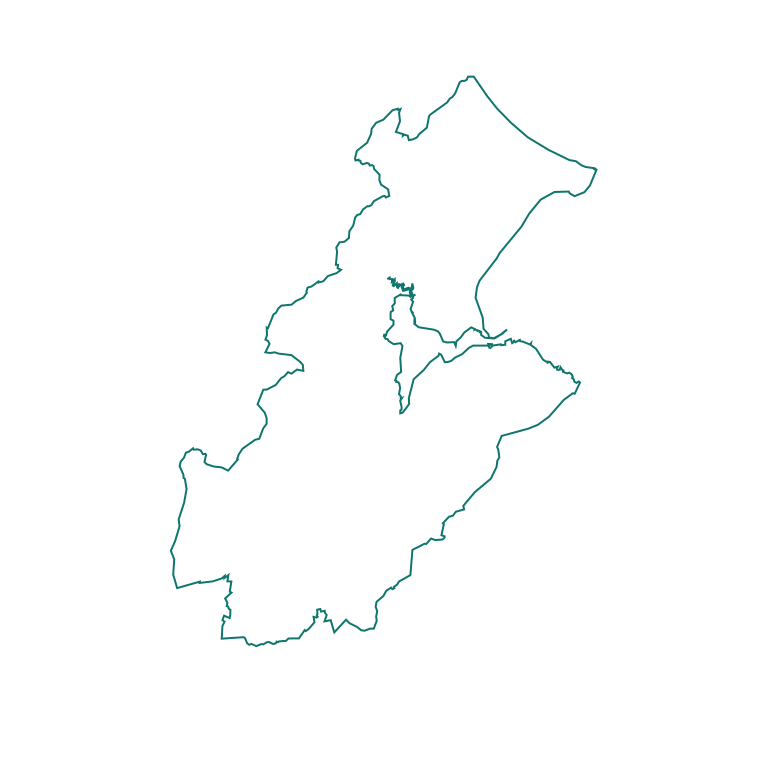 Wexford Lea-7, Wexford, Ireland, rotated 306°
{"feature_id": "5873133B47724630895547", "entity_name": "Wexford Lea-7", "entity_type": "district", "adm_level": 2, "iso_a3": "IRL", "parent_name": "Ireland", "parent_adm1": "Wexford", "projection": "natural_earth1", "projection_center": [-6.494, 52.363], "detail": "fine", "context": "isolated", "style": "outline", "palette": "teal", "viewbox_px": 768, "rotation_deg": 306, "n_neighbors": 0, "source": "geoboundaries", "source_scale": "gbopen_adm2", "svg_char_len": 6155}
<svg xmlns="http://www.w3.org/2000/svg" viewBox="0 0 768 768"><g transform="rotate(306 384 384)"><path d="M293.3,293.6L290.7,304.4L287.5,309.0L282.9,312.4L276.8,312.4L266.4,315.3L263.1,312.5L248.6,307.6L241.5,307.9L236.9,309.3L236.9,310.1L222.3,308.8L221.1,301.7L217.2,294.8L214.9,287.9L215.3,284.7L222.0,281.7L222.6,280.6L220.8,278.8L222.5,274.6L221.6,271.6L219.0,268.6L219.7,267.3L214.7,266.0L212.0,264.1L206.8,265.5L201.8,265.1L197.4,266.9L192.8,274.9L190.1,277.2L190.3,278.6L183.0,286.0L170.4,292.1L153.7,297.5L148.8,302.2L134.0,307.4L123.9,309.5L118.8,317.4L105.9,325.5L97.3,336.6L115.9,351.2L114.7,351.8L123.8,361.6L131.5,367.1L135.1,367.9L133.2,369.0L137.9,370.4L132.3,373.3L134.5,376.6L125.3,381.3L125.6,383.2L117.1,381.5L115.0,385.8L111.9,387.3L112.3,388.6L110.9,390.8L111.1,392.4L106.9,395.3L103.9,396.7L102.6,390.8L98.0,392.1L98.0,394.7L93.3,395.5L82.6,402.4L96.6,419.2L96.8,420.8L93.8,425.7L93.8,428.2L95.8,429.5L96.9,434.8L101.6,437.7L102.3,439.3L106.2,441.0L107.6,442.5L108.5,447.2L110.7,448.9L112.5,448.6L112.8,450.0L114.1,450.4L118.6,455.7L122.0,456.3L128.2,464.7L138.3,464.5L138.2,466.0L141.6,467.1L150.4,467.8L154.2,463.9L155.3,466.6L156.7,467.2L157.4,465.5L158.5,465.5L162.1,462.6L164.5,464.7L162.9,466.9L165.6,469.3L164.2,470.7L163.4,473.4L157.0,475.4L161.6,479.7L153.8,489.8L171.0,491.8L170.2,496.7L171.6,504.8L171.4,510.4L173.0,513.3L178.1,516.7L180.0,519.5L188.0,517.4L191.3,514.3L196.1,512.1L198.9,508.2L203.4,506.0L212.1,508.1L217.9,507.4L223.4,509.4L222.9,511.3L224.9,512.4L225.5,511.3L229.6,512.5L233.0,512.2L244.9,517.7L266.5,504.5L278.6,510.7L279.4,512.2L286.7,512.9L287.8,517.1L292.5,522.7L295.0,523.3L296.4,522.6L295.4,519.4L305.8,514.8L305.9,513.5L314.8,514.6L317.9,517.1L322.9,517.2L329.6,522.5L332.0,519.8L349.7,521.0L370.2,526.1L383.1,523.8L388.5,520.8L392.5,520.4L398.2,514.9L399.5,512.5L411.2,509.7L432.7,527.0L441.5,532.5L454.5,536.7L476.9,538.8L487.5,542.2L488.2,544.0L500.4,541.7L500.5,540.0L498.1,539.1L497.7,536.8L499.4,534.6L499.4,532.5L500.9,532.4L502.1,530.4L502.1,527.2L500.3,526.1L499.0,521.6L499.9,520.9L500.6,522.1L500.2,519.9L501.3,517.0L498.8,517.8L497.3,515.8L498.3,514.6L500.2,514.4L497.4,512.2L499.4,505.3L498.2,504.0L496.5,504.0L498.5,503.6L497.3,501.6L497.2,498.2L501.8,486.4L501.9,479.7L503.4,479.0L501.7,478.8L499.9,471.3L500.5,471.1L499.7,471.1L498.6,468.7L499.5,467.9L495.2,465.9L495.7,462.9L495.3,464.6L492.4,463.7L495.1,460.0L489.9,457.0L487.0,459.0L484.2,455.9L484.8,455.2L478.8,449.2L479.8,448.1L477.6,444.7L477.0,445.3L479.1,448.2L477.7,449.2L475.7,448.9L475.3,447.8L476.4,446.3L475.9,445.2L467.4,433.5L462.9,431.4L453.8,429.6L447.3,426.0L442.2,424.8L439.2,422.6L437.4,420.3L441.3,413.1L441.0,410.7L438.8,411.5L428.8,408.4L418.5,407.9L405.3,405.2L387.2,412.4L382.6,416.1L371.9,416.0L369.8,414.4L372.2,412.7L373.3,413.3L375.4,412.1L379.9,407.0L383.2,406.8L382.0,406.1L384.0,404.7L384.5,402.2L390.2,399.4L393.4,396.0L393.8,394.3L392.9,392.7L393.8,392.1L393.5,390.9L399.0,389.2L403.8,390.8L414.7,381.8L425.6,376.6L426.8,373.5L421.9,368.4L421.5,362.6L422.4,360.4L421.5,358.8L421.8,357.3L423.9,357.0L422.9,355.7L424.0,355.2L425.1,356.8L428.3,355.7L437.5,356.8L440.8,354.5L440.3,351.3L444.7,348.0L446.3,347.1L448.9,348.2L451.8,344.9L455.5,345.3L459.9,342.1L466.2,344.8L465.8,345.5L470.2,352.2L470.0,354.4L471.2,354.3L473.0,351.2L475.0,350.1L475.2,348.4L470.6,344.8L472.7,341.4L474.9,340.0L473.2,338.8L469.9,338.7L470.0,337.7L472.4,335.2L468.9,334.3L468.8,333.2L474.4,331.1L471.3,330.4L473.6,328.9L472.2,327.0L473.2,326.0L470.8,325.0L473.5,326.0L472.5,327.1L473.8,329.1L471.5,330.3L474.8,331.0L474.0,332.1L469.2,333.2L469.7,334.4L473.2,335.1L470.5,337.5L470.3,338.7L473.7,337.6L473.8,338.8L476.6,340.6L475.9,342.1L474.0,342.0L471.9,344.4L476.2,347.1L476.7,349.4L477.8,349.6L477.2,350.3L482.0,347.8L478.9,351.3L477.7,351.3L478.2,352.0L476.5,351.0L474.6,352.0L472.6,355.5L474.8,356.8L472.2,355.9L470.6,356.9L468.3,356.5L467.6,359.2L460.2,361.5L458.3,364.8L459.5,365.4L457.9,365.3L455.5,370.1L451.2,373.8L455.2,370.0L450.5,373.2L450.3,378.7L457.2,392.3L458.3,396.6L457.6,399.4L453.2,406.9L454.6,410.5L459.1,416.2L457.0,419.6L461.1,417.5L466.7,418.7L473.0,418.7L481.1,421.3L481.7,424.6L481.0,425.2L481.9,425.4L481.9,428.3L482.5,428.2L483.0,430.5L481.4,431.5L483.1,431.1L483.3,431.9L480.8,433.8L480.8,438.6L485.5,446.3L486.6,447.0L494.7,450.3L500.4,451.5L492.0,449.1L485.5,445.9L483.3,441.6L485.7,439.1L487.1,432.1L495.6,425.0L507.6,407.4L516.9,402.4L523.6,400.6L551.0,401.3L551.2,400.5L551.3,401.4L558.0,400.6L591.9,402.7L607.4,401.3L625.3,402.4L639.6,409.1L648.3,420.4L647.4,422.1L648.0,427.8L657.0,433.4L665.8,433.9L681.6,430.1L681.5,427.6L682.3,428.7L682.4,427.7L678.1,419.6L677.0,415.1L677.0,408.2L674.1,402.3L670.1,379.4L668.1,355.2L670.0,333.0L673.3,313.6L677.6,298.1L685.4,276.0L682.0,271.3L678.8,272.1L676.5,271.0L675.0,268.8L672.6,267.9L661.1,270.7L656.4,270.6L653.6,269.5L648.9,269.6L629.1,263.1L627.0,263.1L616.5,268.0L607.0,265.6L602.9,265.7L599.0,263.6L595.9,260.8L598.9,257.3L597.6,253.9L595.9,253.4L597.4,252.6L594.9,245.5L606.0,242.5L612.2,236.8L616.1,235.7L614.1,234.5L613.9,233.5L614.6,233.2L610.5,230.0L597.4,228.1L590.8,224.1L583.2,224.0L578.7,226.6L569.2,228.5L556.6,225.0L549.2,228.1L548.1,229.5L550.4,231.4L549.8,231.8L550.7,233.7L549.3,235.1L549.2,237.6L552.7,240.2L553.4,242.4L552.4,244.0L554.1,245.8L554.2,247.4L552.2,249.6L550.6,257.6L546.4,260.2L543.6,264.4L543.9,272.9L539.3,277.7L536.0,275.9L536.6,274.0L535.1,272.6L525.9,268.3L521.3,268.6L518.9,267.4L518.2,266.1L512.9,264.4L507.5,264.9L505.0,263.0L501.9,262.8L494.0,266.0L487.2,266.2L481.5,269.8L475.9,268.4L472.4,264.7L466.3,265.2L463.6,268.2L452.2,275.0L453.4,276.8L450.4,278.4L451.1,282.1L445.7,280.4L438.3,275.1L431.4,274.5L427.7,271.4L428.4,270.7L420.2,268.0L417.1,265.5L413.2,266.8L412.5,267.9L406.5,268.0L399.5,264.0L393.9,262.6L387.1,254.9L383.1,254.1L378.1,254.7L375.3,253.7L361.1,257.3L360.8,255.9L354.6,260.7L350.2,262.0L350.6,265.0L349.2,267.8L339.9,269.4L342.1,273.6L345.4,277.0L346.6,280.8L353.0,292.2L352.6,303.7L351.7,307.2L347.2,311.0L344.5,305.1L338.0,303.1L337.2,299.4L332.0,298.9L328.1,297.3L319.7,297.0L310.7,292.5L308.4,289.7L293.3,293.6Z" fill="none" stroke="#0f766e" stroke-width="2"/></g></svg>